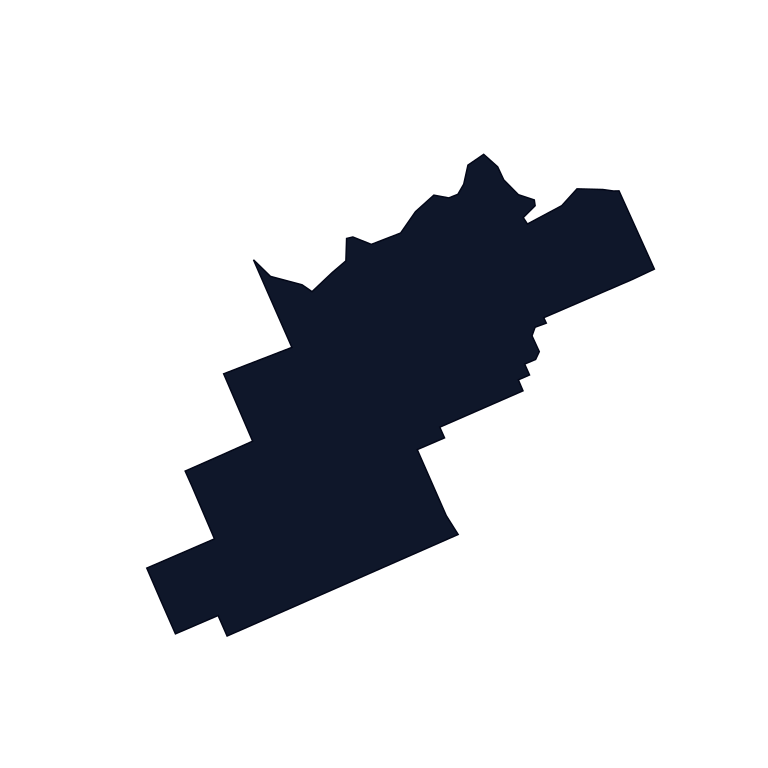 Logan, Arkansas, United States of America, rotated 335°
{"feature_id": "52423323B80163147366525", "entity_name": "Logan", "entity_type": "district", "adm_level": 2, "iso_a3": "USA", "parent_name": "United States of America", "parent_adm1": "Arkansas", "projection": "robinson", "projection_center": [-93.629, 35.225], "detail": "fine", "context": "isolated", "style": "filled", "palette": "ink", "viewbox_px": 768, "rotation_deg": 335, "n_neighbors": 0, "source": "geoboundaries", "source_scale": "gbopen_adm2", "svg_char_len": 900}
<svg xmlns="http://www.w3.org/2000/svg" viewBox="0 0 768 768"><g transform="rotate(335 384 384)"><path d="M678.6,308.3L673.6,306.1L664.5,300.2L641.4,288.7L620.5,297.5L581.6,299.6L580.5,292.0L596.3,286.3L598.0,280.7L585.8,269.2L578.8,249.6L578.8,235.2L571.4,218.0L552.6,221.1L540.7,236.6L531.1,243.3L521.3,242.7L509.0,233.9L485.4,241.1L462.9,254.2L431.5,252.1L417.9,237.6L411.6,236.3L401.5,256.3L384.2,261.1L357.8,269.9L351.7,259.5L326.6,238.5L318.2,216.3L317.3,252.8L316.0,311.9L243.0,307.0L240.8,380.3L204.4,379.7L167.0,378.9L166.8,393.0L166.8,394.4L164.9,452.7L91.2,450.6L90.2,486.3L89.4,522.3L135.8,523.7L135.3,546.1L387.6,551.7L384.8,529.6L386.4,457.5L416.1,458.4L416.3,446.7L507.1,448.9L507.5,437.0L519.7,437.3L519.9,425.4L531.8,425.8L538.4,420.3L538.5,402.9L544.9,396.4L556.8,397.4L556.8,391.4L653.4,394.2L677.6,394.1L678.6,308.3Z" fill="#0f172a" stroke="#020617" stroke-width="1.5"/></g></svg>